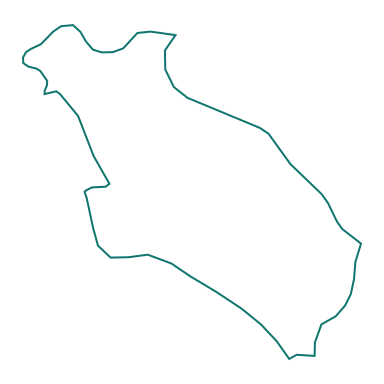 Pljevlja, Natural Earth projection
{"feature_id": "MNE-1516", "entity_name": "Pljevlja", "entity_type": "Municipality", "adm_level": 1, "iso_a3": "MNE", "parent_name": "Montenegro", "parent_adm1": "", "projection": "natural_earth1", "projection_center": [19.172, 43.297], "detail": "fine", "context": "isolated", "style": "outline", "palette": "teal", "viewbox_px": 384, "rotation_deg": 0, "n_neighbors": 0, "source": "natural_earth", "source_scale": "10m", "svg_char_len": 884}
<svg xmlns="http://www.w3.org/2000/svg" viewBox="0 0 384 384"><path d="M175.5,35.1L164.9,50.5L165.3,69.6L173.9,87.1L187.6,97.9L259.8,127.9L268.5,133.7L290.5,164.2L321.6,194.1L327.9,202.9L337.0,221.6L342.3,229.1L361.0,243.6L355.4,262.0L354.0,279.2L350.8,294.2L345.0,305.7L335.8,316.2L321.4,324.4L314.9,342.5L314.6,355.9L296.7,354.8L289.2,358.9L276.6,341.1L260.9,324.4L241.8,308.8L215.8,291.6L190.7,276.6L171.4,263.5L147.8,254.7L128.8,257.2L110.6,257.6L98.0,245.7L93.2,228.3L86.6,197.7L84.6,191.9L85.8,190.5L91.9,187.4L105.7,186.7L109.4,183.8L93.6,156.0L78.1,116.0L59.9,93.9L56.2,91.3L44.6,94.1L44.7,90.7L47.0,85.2L47.2,80.9L40.2,70.9L36.4,68.6L28.4,66.6L23.3,63.1L23.0,57.5L26.1,52.1L31.1,48.8L40.8,44.3L53.3,31.5L61.1,26.2L73.0,25.1L80.4,31.8L86.0,41.6L92.9,49.6L101.8,52.4L113.0,52.1L123.3,48.3L137.4,33.0L150.5,31.6L175.5,35.1Z" fill="none" stroke="#0f766e" stroke-width="2"/></svg>